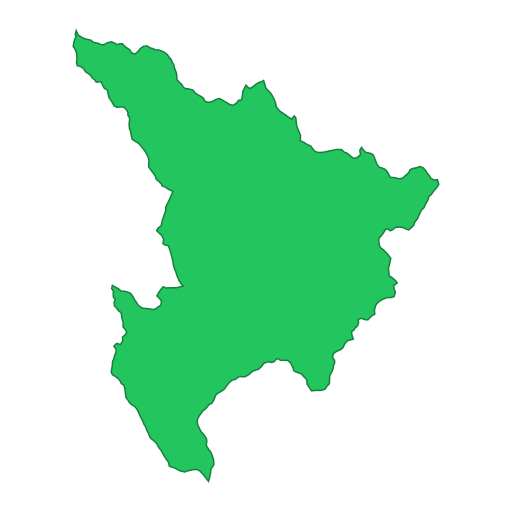 Santo Antônio do Monte, Minas Gerais, Brazil (Natural Earth projection)
{"feature_id": "56859067B70923640932265", "entity_name": "Santo Antônio do Monte", "entity_type": "district", "adm_level": 2, "iso_a3": "BRA", "parent_name": "Brazil", "parent_adm1": "Minas Gerais", "projection": "natural_earth1", "projection_center": [-45.306, -20.094], "detail": "fine", "context": "isolated", "style": "filled", "palette": "green", "viewbox_px": 512, "rotation_deg": 0, "n_neighbors": 0, "source": "geoboundaries", "source_scale": "gbopen_adm2", "svg_char_len": 6006}
<svg xmlns="http://www.w3.org/2000/svg" viewBox="0 0 512 512"><path d="M263.6,80.5L261.3,81.9L259.0,82.4L256.0,84.2L252.7,86.9L249.5,88.6L245.9,85.2L244.4,88.4L243.0,91.1L242.5,94.1L242.3,96.9L241.4,100.1L238.7,100.2L236.5,103.1L233.1,105.3L229.7,104.5L226.7,102.6L222.4,100.1L219.3,98.5L215.8,99.5L212.2,101.6L208.4,102.3L205.0,101.4L203.5,98.3L201.1,96.5L197.9,94.8L194.8,92.7L193.2,90.1L188.3,88.8L185.4,88.6L183.4,87.3L181.7,84.3L179.3,82.3L176.7,79.2L176.9,75.6L176.3,72.7L175.3,70.2L174.3,67.5L173.7,64.5L172.1,62.1L171.2,59.4L169.1,57.4L167.5,54.7L164.2,52.2L161.3,50.9L158.8,50.0L155.4,49.9L152.9,48.6L150.0,47.8L147.0,45.9L143.6,46.3L140.2,48.6L138.3,51.2L135.2,54.0L131.6,52.9L129.8,49.9L126.7,47.8L124.3,45.8L122.4,43.8L120.1,43.7L117.4,44.6L114.7,43.2L111.6,41.8L107.1,42.8L104.1,44.7L101.5,44.8L98.2,43.3L93.4,42.3L90.9,40.2L87.3,39.4L83.8,38.4L81.1,36.9L78.1,35.0L76.2,30.7L75.3,34.3L75.9,37.0L74.6,39.8L73.7,43.2L73.2,46.5L75.0,49.0L76.4,52.5L76.8,56.0L77.0,59.3L76.5,62.7L77.3,65.7L80.7,66.5L83.5,68.6L85.6,71.8L88.8,73.9L90.7,75.4L92.2,77.9L94.8,79.9L96.3,82.2L98.8,81.8L101.2,82.0L102.5,85.0L104.4,88.4L107.3,89.8L108.1,94.0L109.1,97.8L111.1,100.6L112.5,102.9L113.9,105.7L117.0,107.3L119.9,107.0L123.6,107.0L126.4,109.7L128.0,112.5L127.9,115.4L129.6,117.7L129.5,120.6L129.1,123.9L129.4,128.4L130.6,131.8L131.3,135.3L132.2,139.4L135.0,141.2L138.7,143.4L141.3,146.4L143.3,148.9L145.4,151.7L148.3,157.5L149.1,160.7L148.6,163.8L148.7,167.1L151.0,170.2L153.7,173.7L155.4,176.4L156.2,179.2L158.7,181.4L161.1,183.7L162.3,186.1L164.8,186.8L169.5,189.9L172.9,191.3L171.4,195.0L169.5,199.4L165.7,207.2L165.7,210.9L164.6,213.6L163.7,216.5L162.2,220.7L161.1,225.8L158.2,228.0L156.6,230.5L159.4,233.4L161.8,235.4L163.7,239.6L162.9,243.6L165.2,245.0L168.4,245.7L169.5,248.9L170.8,253.0L171.9,257.0L172.8,260.9L173.5,265.4L174.4,268.5L175.7,271.5L176.9,275.4L179.2,280.9L181.2,284.0L183.3,286.0L179.7,287.0L176.4,287.7L172.2,287.8L168.8,287.8L166.2,288.0L163.2,286.8L161.1,289.1L158.8,292.4L156.9,295.9L159.1,298.0L161.4,300.9L161.0,305.1L158.0,307.1L155.9,308.7L153.0,309.6L149.2,308.8L145.8,308.5L143.1,308.3L140.5,307.0L138.0,305.0L136.3,302.1L134.5,299.6L132.9,296.5L130.4,293.2L126.8,291.8L123.8,291.2L121.1,291.1L118.4,288.7L115.3,287.1L112.4,285.4L111.6,288.5L113.4,291.2L113.2,294.3L113.5,297.5L115.3,299.2L114.1,302.3L114.4,305.8L116.6,308.1L118.5,310.8L121.2,312.8L121.7,317.2L122.8,321.1L123.3,324.1L122.9,326.7L125.1,329.2L126.7,332.6L125.2,334.8L122.6,336.9L122.7,340.8L120.5,344.5L116.6,343.4L113.9,346.3L116.1,349.3L116.0,352.3L114.8,355.0L113.9,358.7L112.5,361.5L112.4,364.6L111.9,368.0L111.2,372.1L112.6,374.9L114.9,376.1L117.9,378.3L120.1,380.9L121.4,383.6L124.0,385.3L125.0,389.4L125.5,394.1L126.1,397.7L128.1,400.3L129.7,402.9L131.8,404.8L134.7,406.4L137.1,409.5L138.9,413.1L140.5,416.9L142.8,421.2L144.0,424.3L145.6,426.9L147.0,430.7L148.7,433.6L149.6,436.7L151.2,438.7L153.8,440.7L156.8,443.7L158.6,447.2L161.5,451.1L164.1,455.9L166.2,459.1L168.6,462.3L169.3,466.1L172.1,467.2L174.3,467.8L176.9,469.2L179.7,470.7L184.7,472.0L187.5,470.9L193.4,469.6L197.0,469.5L199.8,470.9L201.6,472.8L203.6,474.8L205.9,478.0L208.5,481.3L209.7,477.3L210.5,473.2L211.0,468.9L212.6,466.7L213.9,464.5L213.6,459.9L212.4,456.2L211.1,452.7L208.4,449.0L206.2,445.2L206.8,441.8L206.5,438.7L204.8,436.2L203.2,433.9L201.0,431.6L199.3,428.2L197.5,424.4L197.3,419.5L199.4,415.6L203.0,410.8L205.6,408.8L207.4,406.7L209.0,404.6L211.8,403.4L213.5,400.6L214.6,398.1L215.5,395.4L217.6,393.3L219.9,392.1L222.2,390.7L224.2,389.3L226.4,386.1L229.3,382.5L232.0,380.2L235.1,379.5L237.3,378.0L239.3,376.4L242.6,376.8L245.0,376.7L247.4,375.5L249.5,374.0L252.4,371.4L255.8,370.0L258.6,369.3L261.7,366.3L263.7,363.4L266.1,362.5L268.4,361.6L271.3,362.5L274.2,361.7L276.1,359.2L278.4,358.7L280.4,360.3L283.7,360.3L287.8,360.4L290.5,362.9L291.9,365.3L293.0,368.0L293.9,370.8L296.1,372.0L299.4,373.1L301.6,374.1L303.6,376.4L306.7,379.6L307.1,384.1L309.5,387.8L311.4,390.8L314.4,390.6L316.8,390.3L319.9,390.5L322.6,390.1L325.3,389.0L327.1,385.9L329.4,383.7L329.7,376.0L331.7,371.9L333.1,368.7L333.4,365.9L334.6,363.2L334.6,360.4L332.5,357.2L333.5,353.4L336.9,351.2L340.7,349.7L343.0,347.6L344.2,344.9L345.6,342.7L347.5,340.7L349.9,340.0L353.3,339.1L352.0,335.1L351.5,331.9L353.7,330.2L355.2,328.0L357.5,325.9L358.6,322.7L358.2,319.4L361.5,318.3L365.2,319.7L367.9,319.8L370.0,317.5L372.4,315.4L374.8,314.2L374.4,310.4L375.3,306.5L376.5,304.0L378.8,301.7L382.5,299.4L385.3,298.2L388.2,297.4L390.5,297.7L394.1,296.6L395.4,292.2L393.9,288.4L394.0,285.2L397.2,283.0L395.6,280.6L393.6,279.1L391.6,277.3L389.3,276.1L388.8,272.1L388.4,268.4L389.4,264.7L390.2,261.0L390.8,258.3L388.3,255.0L385.9,252.4L383.2,249.6L380.5,247.7L379.4,245.2L378.7,240.9L379.1,238.0L381.0,236.1L382.6,234.1L384.1,231.9L385.4,229.4L387.9,228.9L390.3,230.8L392.8,229.6L395.4,227.4L399.1,227.1L402.9,227.5L406.1,229.0L408.7,230.0L413.7,225.4L414.9,221.8L417.5,218.8L419.5,214.0L421.5,210.0L423.9,207.8L425.5,204.1L427.9,200.1L429.0,196.3L431.4,194.4L433.5,191.3L435.6,188.9L437.4,186.7L438.8,184.2L437.3,179.6L433.9,180.1L431.0,178.4L429.2,175.5L427.4,173.5L425.3,170.1L423.0,167.7L420.1,166.5L415.9,167.9L412.5,168.5L409.9,169.8L408.8,172.6L406.0,175.1L402.6,178.2L399.1,178.8L396.2,178.0L393.3,177.5L390.1,177.3L388.6,174.1L386.8,171.1L384.6,169.1L381.7,167.9L379.3,167.3L377.1,164.5L375.9,161.7L374.7,158.3L373.2,154.9L370.8,153.4L365.8,152.4L363.3,150.0L361.6,147.4L359.8,150.2L360.5,154.6L358.1,156.8L356.0,158.0L353.5,158.2L351.3,156.7L348.8,154.5L346.7,153.0L344.4,152.3L341.6,149.6L337.2,149.4L331.6,150.5L325.5,151.8L322.9,152.3L319.7,152.5L316.7,152.1L314.5,151.1L312.7,148.7L310.6,145.9L307.6,144.7L304.4,142.7L300.3,140.7L300.5,135.4L299.4,132.5L297.9,129.3L296.6,125.3L296.2,121.9L295.9,118.2L294.3,115.9L291.8,119.0L288.4,117.2L285.6,115.0L283.2,113.3L280.9,111.9L278.4,109.7L276.4,106.8L275.5,102.9L274.4,99.8L273.0,97.0L271.3,94.0L269.3,91.6L266.9,89.3L265.5,87.2L264.7,83.9L263.6,80.5Z" fill="#22c55e" stroke="#15803d" stroke-width="1.5"/></svg>